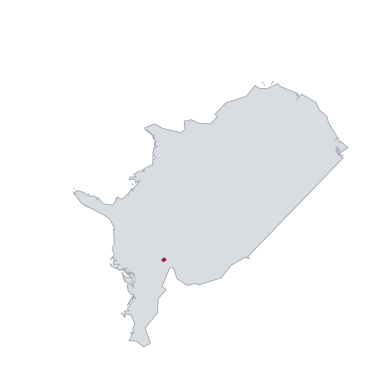 Delaware, Ohio, United States of America (highlighted), rotated 134°
{"feature_id": "52423323B18396846916905", "entity_name": "Delaware", "entity_type": "district", "adm_level": 2, "iso_a3": "USA", "parent_name": "United States of America", "parent_adm1": "Ohio", "projection": "equal_earth", "projection_center": [-83.011, 40.285], "detail": "fine", "context": "in_parent", "style": "filled", "palette": "rose", "viewbox_px": 384, "rotation_deg": 134, "n_neighbors": 0, "source": "geoboundaries", "source_scale": "gbopen_adm2", "svg_char_len": 3963}
<svg xmlns="http://www.w3.org/2000/svg" viewBox="0 0 384 384"><g transform="rotate(134 192 192)"><path d="M302.8,133.0L322.4,131.2L329.6,116.8L337.0,119.3L337.8,128.2L342.5,134.1L335.2,136.3L334.9,138.0L333.5,135.9L331.9,139.4L326.2,141.9L322.7,151.0L326.2,154.9L328.4,154.4L327.7,152.7L328.5,153.5L328.8,155.5L322.4,156.8L321.2,154.7L320.6,157.5L313.3,158.2L307.9,161.8L308.4,159.7L307.8,158.4L306.5,163.4L308.0,164.3L307.7,168.5L304.1,174.0L300.1,170.6L302.3,167.2L299.7,169.6L300.9,173.4L302.6,175.6L302.9,178.1L298.4,187.1L299.7,181.4L295.9,176.1L298.2,170.5L294.5,172.2L296.0,180.5L292.4,178.0L291.2,178.2L292.3,175.6L292.2,174.8L291.0,176.9L291.0,178.6L296.5,181.9L295.3,183.4L292.8,180.4L291.9,179.9L295.0,183.5L296.3,184.2L295.6,186.3L293.9,184.6L296.5,187.8L295.9,188.3L294.6,186.6L291.3,185.9L295.5,189.0L298.1,188.8L300.9,196.7L298.4,190.7L299.3,194.6L294.3,193.7L297.9,197.6L299.6,196.5L297.5,200.0L292.7,198.8L295.7,200.6L293.2,202.4L296.1,203.7L290.8,204.5L288.1,210.3L283.1,211.9L273.7,222.4L272.4,221.2L268.9,231.0L268.6,233.4L270.1,240.9L277.0,263.4L274.7,275.4L271.1,276.1L267.6,269.7L266.9,264.3L261.9,258.1L263.7,255.4L261.2,255.5L262.3,247.7L256.4,239.9L247.3,241.7L245.7,237.2L236.8,236.8L238.0,235.1L236.4,236.8L232.3,237.6L232.3,234.2L231.6,236.6L219.3,237.3L224.5,239.0L222.6,242.2L226.5,245.3L224.4,247.0L220.1,242.8L219.8,246.1L213.7,244.7L210.5,240.6L208.4,242.7L199.6,239.5L194.3,244.0L195.7,242.7L192.9,241.6L191.3,247.1L185.7,250.7L187.0,249.6L183.5,249.0L184.7,250.9L180.4,253.3L178.5,259.4L176.7,258.5L178.3,260.1L178.3,265.8L179.8,269.3L178.5,270.5L168.8,266.1L166.9,257.8L157.3,241.3L152.0,240.4L146.4,246.8L140.3,242.5L138.0,235.0L130.2,226.2L120.4,226.1L120.1,229.5L104.3,229.5L85.0,219.3L71.6,220.6L70.4,215.0L65.4,209.7L54.3,205.6L54.8,201.7L47.7,184.4L48.3,182.5L49.9,184.8L49.3,181.1L53.6,180.7L45.6,181.2L41.5,165.3L44.5,157.0L44.0,147.7L47.3,141.8L52.0,124.9L55.8,125.4L51.6,124.5L53.9,120.1L52.3,120.1L51.8,110.9L61.0,112.5L58.1,117.3L61.9,113.9L60.7,117.9L58.2,118.9L59.8,119.1L62.0,117.4L63.5,113.3L62.3,107.0L199.8,107.0L200.0,104.6L202.4,108.6L217.6,113.0L233.4,111.4L254.5,122.8L255.3,125.8L262.6,130.7L264.8,142.6L259.5,152.3L261.9,155.5L280.9,147.8L280.1,143.3L281.8,142.5L292.3,142.2L302.8,133.0ZM315.6,160.2L318.7,159.7L307.7,162.6L316.8,159.1L315.6,160.2ZM62.2,110.9L62.9,113.5L62.7,113.9L61.4,111.9L62.2,110.9ZM179.7,268.3L178.6,263.3L178.8,260.4L178.9,263.4L179.7,268.3ZM336.0,136.6L336.0,138.0L335.5,137.7L336.0,136.6ZM210.5,242.0L210.8,243.2L209.8,242.3L210.5,242.0ZM58.2,210.1L59.6,209.5L58.2,210.1ZM56.9,209.7L56.2,210.5L55.9,209.8L56.9,209.7ZM325.4,157.0L324.5,157.9L324.3,157.7L325.4,157.0ZM179.7,257.8L178.8,260.1L180.9,255.7L179.7,257.8ZM275.0,255.9L276.3,260.4L274.8,255.5L275.0,255.9ZM64.6,213.7L65.1,214.8L64.5,213.8L64.6,213.7ZM275.2,276.1L274.1,277.5L275.9,274.5L275.2,276.1ZM301.3,199.4L300.2,201.0L301.0,197.0L301.3,199.4ZM61.3,108.8L61.2,109.6L60.7,109.2L61.3,108.8ZM184.7,251.8L182.7,252.8L184.7,251.5L184.7,251.8ZM328.4,157.4L328.4,158.4L327.4,158.2L328.4,157.4ZM64.2,216.9L64.4,218.3L64.0,217.1L64.2,216.9ZM182.2,253.7L181.4,254.3L182.1,253.4L182.2,253.7ZM302.5,179.8L301.2,182.0L302.6,179.0L302.5,179.8ZM193.7,244.9L192.4,245.8L194.2,244.3L193.7,244.9ZM269.1,232.1L268.9,233.9L268.7,232.7L269.1,232.1ZM296.6,204.0L296.2,204.4L297.4,203.0L296.6,204.0ZM250.6,241.4L249.0,242.3L248.4,242.1L250.6,241.4ZM231.7,237.3L231.4,237.6L230.6,237.6L231.7,237.3ZM265.3,264.5L265.5,265.8L265.0,264.2L265.3,264.5ZM227.8,239.9L227.5,241.0L227.5,238.9L227.8,239.9ZM271.8,279.2L270.9,279.4L272.1,279.0L271.8,279.2ZM307.4,169.3L306.8,170.4L307.5,168.8L307.4,169.3ZM299.2,201.3L298.7,201.7L299.2,201.3Z" fill="#d9dde1" stroke="#a8b0b8" stroke-width="1"/><path d="M260.2,164.0L259.4,164.0L259.0,164.0L259.0,165.4L259.4,165.4L259.4,166.1L260.2,166.1L260.3,166.1L261.6,166.2L261.6,165.1L261.6,164.6L260.7,164.6L260.7,164.2L260.2,164.2L260.2,164.0Z" fill="#f43f5e" stroke="#9f1239" stroke-width="1.5"/></g></svg>